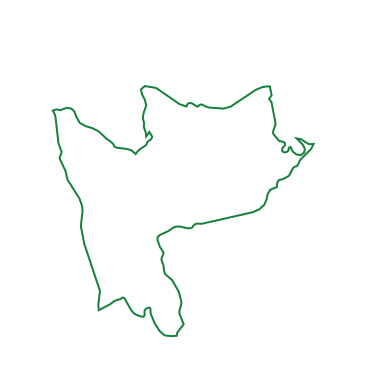 SVG path tracing the border of Udine, rotated 248°
{"feature_id": "ITA-5455", "entity_name": "Udine", "entity_type": "Province", "adm_level": 1, "iso_a3": "ITA", "parent_name": "Italy", "parent_adm1": "", "projection": "robinson", "projection_center": [13.121, 46.147], "detail": "fine", "context": "isolated", "style": "outline", "palette": "green", "viewbox_px": 384, "rotation_deg": 248, "n_neighbors": 0, "source": "natural_earth", "source_scale": "10m", "svg_char_len": 2636}
<svg xmlns="http://www.w3.org/2000/svg" viewBox="0 0 384 384"><g transform="rotate(248 192 192)"><path d="M117.3,61.3L122.6,62.9L134.7,69.6L184.4,72.7L201.8,76.1L215.3,83.3L219.8,84.8L228.3,85.2L250.0,81.2L259.2,82.6L272.2,81.8L273.7,82.3L276.7,85.2L278.3,86.2L287.3,86.5L313.0,93.6L316.3,93.9L319.6,93.4L319.6,95.5L319.2,97.3L318.4,99.0L317.2,100.4L317.0,107.1L316.4,108.1L314.6,111.3L310.7,113.1L305.4,112.9L298.2,113.8L293.0,118.0L288.5,123.5L283.3,128.1L273.5,132.7L268.4,135.9L265.8,137.0L263.0,137.2L260.7,139.6L257.8,145.2L254.8,149.7L253.9,151.1L248.3,154.0L250.0,156.7L251.2,159.8L252.5,166.4L252.5,166.5L255.4,169.8L256.1,173.5L257.9,175.8L263.7,175.0L260.6,170.3L263.9,171.3L270.3,171.7L273.3,173.2L279.2,174.2L283.2,176.6L289.6,182.1L295.0,182.8L301.3,182.3L304.2,182.7L306.3,183.1L307.1,185.5L307.9,188.0L301.9,197.7L281.9,210.9L278.2,213.3L273.3,218.9L275.1,220.5L275.6,222.2L275.0,224.0L273.4,225.9L272.3,226.5L269.0,229.1L269.9,231.8L269.7,233.5L268.5,234.8L266.7,236.2L263.8,239.6L257.5,252.6L256.7,260.0L262.8,289.2L262.9,296.0L262.2,299.8L260.8,303.7L252.0,302.1L249.4,298.3L245.7,299.4L225.0,295.3L223.0,294.5L217.9,290.0L216.6,289.2L214.3,289.5L206.7,291.9L204.2,295.6L202.5,296.5L200.4,295.6L198.6,291.9L196.0,291.1L194.2,292.2L193.6,294.7L194.4,297.2L196.8,298.3L196.8,300.2L192.0,300.5L187.8,302.8L185.4,306.5L186.6,310.9L190.1,312.9L194.4,312.4L202.5,309.1L200.0,312.9L192.5,318.3L191.0,322.7L187.8,319.3L186.5,316.9L181.6,305.1L180.6,303.6L178.4,301.3L177.4,300.0L176.7,298.8L176.9,297.0L176.9,296.5L176.7,295.7L176.1,294.3L171.0,288.4L170.6,287.4L170.4,286.1L170.0,283.0L170.0,280.3L170.5,277.5L170.4,276.9L169.0,274.8L164.8,272.4L164.8,265.4L161.8,261.4L157.3,258.4L153.0,254.1L150.7,247.8L150.5,240.8L158.9,189.0L160.7,185.2L161.0,183.6L160.5,181.4L160.0,180.3L159.4,179.6L159.0,178.6L159.1,176.8L159.4,175.8L160.2,174.1L164.4,168.0L165.3,166.0L166.0,163.1L165.8,160.4L164.6,155.2L164.2,146.2L163.4,143.8L161.7,142.5L159.6,141.9L153.0,141.7L148.2,142.7L146.2,142.7L144.8,141.9L142.5,139.4L141.1,138.5L139.6,138.1L135.1,138.1L128.4,136.4L126.5,136.4L124.8,136.9L117.6,140.6L104.3,142.4L94.5,141.1L91.7,139.8L86.8,136.0L84.2,134.8L72.5,134.7L67.1,125.6L64.4,123.9L66.0,119.1L68.7,113.9L69.5,113.0L70.6,112.1L75.3,109.9L84.2,108.2L94.3,108.1L96.6,108.7L98.6,109.5L99.6,109.7L100.5,109.4L101.1,108.3L101.0,106.0L100.6,104.7L99.9,103.7L98.1,102.8L97.0,102.5L96.1,102.1L95.3,101.6L94.7,100.9L94.8,99.7L95.6,98.1L99.2,94.2L100.4,93.3L101.2,92.8L103.1,92.0L105.1,91.4L119.1,89.5L119.8,88.8L120.1,87.6L119.5,85.3L119.9,82.8L120.0,79.4L118.6,73.9L117.3,61.3Z" fill="none" stroke="#15803d" stroke-width="2"/></g></svg>